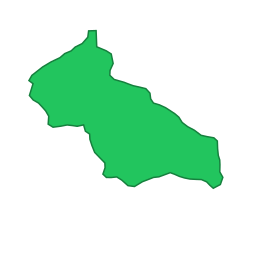 Albertina, Minas Gerais, Brazil (Equal Earth projection), rotated 44°
{"feature_id": "56859067B51905321176706", "entity_name": "Albertina", "entity_type": "district", "adm_level": 2, "iso_a3": "BRA", "parent_name": "Brazil", "parent_adm1": "Minas Gerais", "projection": "equal_earth", "projection_center": [-46.609, -22.199], "detail": "fine", "context": "isolated", "style": "filled", "palette": "green", "viewbox_px": 256, "rotation_deg": 44, "n_neighbors": 0, "source": "geoboundaries", "source_scale": "gbopen_adm2", "svg_char_len": 1213}
<svg xmlns="http://www.w3.org/2000/svg" viewBox="0 0 256 256"><g transform="rotate(44 128 128)"><path d="M233.7,104.5L230.5,97.6L224.5,95.8L219.7,90.6L216.2,87.3L212.0,85.0L206.9,80.7L201.3,75.3L196.6,75.4L191.0,79.2L185.6,82.5L177.3,83.5L170.0,85.6L163.1,86.4L157.1,84.9L151.9,85.2L146.5,86.2L140.9,87.3L134.6,89.5L129.0,92.4L124.1,91.3L119.6,87.7L113.5,87.3L108.2,90.4L102.3,94.0L97.6,96.1L93.3,97.9L89.0,100.2L84.3,102.7L78.3,102.7L75.1,99.1L72.5,91.9L64.5,86.4L58.7,87.6L49.1,91.3L37.4,80.1L32.2,85.5L36.0,90.6L36.4,99.1L33.8,106.4L33.5,112.1L30.8,118.4L30.2,124.7L26.8,133.7L24.2,143.3L22.3,156.9L23.8,162.7L28.9,162.1L31.3,166.8L34.5,173.1L40.3,173.7L46.3,172.2L52.2,172.5L56.9,172.9L62.8,174.6L67.9,180.7L73.5,179.5L78.3,173.5L82.1,168.1L86.4,164.8L90.3,162.0L93.9,156.6L99.6,159.9L104.6,159.0L108.5,162.6L114.1,165.6L121.0,168.7L129.3,169.0L135.6,169.2L139.1,172.5L142.0,178.6L146.8,178.6L150.3,175.3L153.9,171.0L159.8,169.8L168.0,169.5L173.3,165.6L175.7,156.6L178.6,150.4L180.7,145.8L184.2,141.6L186.7,136.4L189.4,130.8L193.7,128.9L198.6,127.1L203.3,124.7L208.0,121.7L212.6,117.7L216.6,114.1L222.0,112.1L226.9,112.3L231.2,112.1L233.7,104.5Z" fill="#22c55e" stroke="#15803d" stroke-width="1.5"/></g></svg>